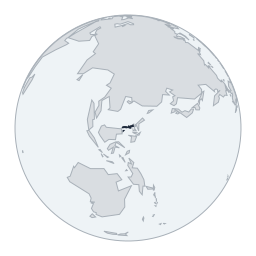 the Earth from above Palawan, rotated 46°
{"feature_id": "PHL-2534", "entity_name": "Palawan", "entity_type": "Province", "adm_level": 1, "iso_a3": "PHL", "parent_name": "Philippines", "parent_adm1": "", "projection": "orthographic", "projection_center": [119.135, 9.647], "detail": "fine", "context": "on_globe", "style": "filled", "palette": "slate", "viewbox_px": 256, "rotation_deg": 46, "n_neighbors": 0, "source": "natural_earth", "source_scale": "10m", "svg_char_len": 10393}
<svg xmlns="http://www.w3.org/2000/svg" viewBox="0 0 256 256"><g transform="rotate(46 128 128)"><circle cx="128" cy="128" r="113" fill="#eef3f6" stroke="#a8b0b8"/><path d="M222.5,167.6L222.4,168.3L222.3,168.5L222.5,167.6ZM184.8,30.7L182.7,30.4L185.7,32.8L182.1,30.6L190.4,37.3L191.6,40.3L188.0,35.5L185.8,33.9L185.5,35.0L183.2,33.7L181.7,33.7L179.0,32.2L177.0,29.8L175.3,28.9L175.1,29.8L172.3,29.1L172.8,27.9L168.0,26.7L163.8,23.4L167.3,22.7L162.7,20.9L162.2,20.7L170.0,23.5L177.5,26.8L184.8,30.7ZM234.2,93.5L233.3,91.1L233.9,92.1L234.2,93.5ZM232.6,89.9L233.0,90.7L232.7,90.1L232.6,89.9ZM232.4,89.8L232.5,89.9L232.4,90.0L232.4,89.8ZM232.1,89.9L232.2,89.7L232.2,89.8L232.1,89.9ZM231.3,89.2L231.1,89.0L231.1,88.6L231.3,89.2ZM188.5,35.1L188.4,34.5L189.2,35.5L188.5,35.1ZM182.0,33.9L182.7,34.6L181.6,34.3L182.0,33.9ZM176.5,31.8L174.5,31.3L176.2,31.4L176.5,31.8ZM173.1,30.8L168.3,30.0L169.6,31.3L163.3,27.7L169.5,29.3L171.3,29.1L171.5,29.9L173.1,30.8ZM160.6,26.0L159.2,25.6L160.3,25.6L160.6,26.0ZM155.2,18.7L160.6,20.2L159.8,20.0L156.2,19.0L155.4,18.9L154.2,18.4L155.2,18.7ZM148.9,17.3L148.1,17.2L147.3,17.0L147.6,17.1L148.9,17.3ZM150.6,17.7L151.7,17.9L150.4,17.6L152.1,18.0L149.5,17.5L149.1,17.4L150.6,17.7ZM147.8,17.2L151.9,18.0L147.8,17.2ZM145.7,16.8L147.1,17.0L145.7,16.8ZM141.9,16.2L141.3,16.2L140.9,16.1L141.3,16.1L141.9,16.2ZM143.2,16.4L142.7,16.4L142.8,16.3L143.8,16.5L143.2,16.4ZM145.3,16.8L145.8,16.9L144.7,16.7L145.3,16.8ZM139.4,15.9L139.3,16.0L137.0,15.8L136.8,15.7L139.4,15.9ZM33.6,66.6L31.3,71.0L31.7,72.2L38.3,63.6L37.7,61.3L41.2,56.7L44.6,54.7L45.7,57.4L47.1,55.7L49.4,50.9L52.7,48.7L50.5,49.1L49.1,51.0L47.7,51.5L48.9,49.8L50.1,49.0L50.6,47.7L45.1,52.5L43.1,55.0L42.6,54.6L39.2,58.8L38.0,60.3L39.4,58.4L44.9,51.9L50.9,45.9L57.3,40.3L64.1,35.2L63.4,35.9L64.3,35.3L67.9,33.1L66.9,33.9L70.6,31.7L71.7,31.8L73.4,29.9L77.6,27.8L80.7,26.7L82.4,25.8L77.4,27.6L75.2,28.7L72.7,30.1L66.9,33.4L66.7,33.5L74.5,28.9L82.5,24.9L89.7,22.6L91.7,22.8L85.7,26.9L82.8,27.8L83.4,26.6L78.8,29.5L81.1,28.4L80.3,29.2L84.2,27.9L83.8,28.5L88.1,26.3L88.1,26.9L85.4,28.2L91.1,27.3L92.2,28.4L93.7,28.0L94.9,27.1L95.5,29.4L96.6,29.0L96.8,28.1L99.0,26.7L103.1,25.4L103.1,26.2L101.6,26.8L98.5,29.6L94.5,31.4L94.9,31.6L98.3,30.3L102.2,26.9L104.7,25.9L103.3,27.4L104.0,26.7L105.2,26.5L106.5,27.2L108.2,25.6L121.9,23.4L125.6,24.9L122.8,26.2L132.3,26.8L135.8,29.2L136.0,28.2L140.7,28.3L139.6,27.5L140.1,27.1L151.7,27.8L154.4,29.0L159.6,28.9L159.7,28.5L157.9,27.6L163.3,27.7L169.6,31.3L169.1,31.9L173.4,34.1L171.6,35.5L172.0,37.9L167.6,38.7L168.3,40.9L170.0,41.5L172.2,45.1L171.3,51.1L165.0,43.4L164.9,35.6L164.3,38.3L162.4,37.0L160.9,37.6L160.6,39.8L161.9,40.5L150.7,41.7L145.9,47.8L151.4,48.3L154.1,50.9L153.4,60.0L140.6,71.3L144.2,76.4L143.9,79.4L139.9,80.7L140.1,76.3L136.6,74.2L137.4,71.8L130.9,73.0L131.7,69.5L126.3,72.4L127.7,75.5L133.0,75.4L128.0,79.9L132.6,85.7L132.4,92.1L122.1,102.4L112.8,104.9L112.0,106.9L108.7,104.2L103.7,107.8L109.4,120.3L109.0,123.8L101.1,129.5L101.0,126.9L92.3,119.6L90.1,127.7L96.8,135.4L99.0,143.7L93.7,140.6L91.5,133.2L88.4,130.4L89.6,123.3L87.7,112.4L82.3,113.8L83.1,109.6L79.7,100.4L72.2,102.2L60.1,111.7L57.9,122.4L53.9,126.6L50.6,110.1L51.9,99.7L49.0,100.1L47.0,90.6L38.6,87.8L39.0,85.1L37.1,85.8L35.9,82.5L37.1,78.1L35.7,77.8L33.1,89.4L34.7,89.9L38.3,86.4L37.1,90.4L38.4,94.8L31.4,103.1L21.5,108.3L23.1,100.2L29.1,77.4L30.3,75.2L30.5,75.0L30.7,74.5L28.6,77.9L30.5,73.7L24.5,88.8L22.4,95.2L21.3,108.7L20.8,109.8L21.2,112.8L25.8,111.8L25.3,114.4L21.5,125.8L17.5,140.3L19.5,152.4L21.8,162.2L22.5,167.3L25.8,175.3L26.3,176.5L23.1,168.9L20.4,161.2L18.2,153.2L16.7,145.2L15.7,137.0L15.4,128.8L15.6,120.6L16.4,112.4L17.9,104.3L19.9,96.4L22.5,88.6L25.6,81.0L29.3,73.6L33.6,66.6ZM44.2,65.4L46.5,67.2L50.1,61.1L51.3,61.4L52.0,59.3L50.3,60.7L52.8,55.4L55.5,54.5L57.6,52.2L56.9,51.6L51.5,54.1L47.9,61.5L45.4,63.4L44.2,65.4ZM130.2,15.4L127.8,15.4L123.4,15.5L124.5,15.5L122.6,15.8L118.8,16.0L120.6,15.7L115.2,16.3L115.4,16.1L114.8,16.2L113.5,16.3L111.0,16.7L120.6,15.6L130.2,15.4ZM136.5,15.7L136.4,15.7L134.7,15.6L136.1,15.8L130.8,15.6L128.2,15.4L132.6,15.5L136.5,15.7ZM102.9,19.0L104.3,18.5L104.8,18.5L108.8,17.7L109.0,17.9L106.6,18.5L102.9,19.0ZM36.9,64.7L35.5,66.0L36.0,65.0L36.4,64.7L36.9,64.7ZM36.9,61.7L35.9,63.5L36.5,62.4L36.9,61.7ZM103.7,19.1L105.3,18.7L104.4,19.1L103.7,19.1ZM109.3,18.1L108.6,18.5L109.5,17.9L109.3,18.1ZM70.8,219.3L73.1,220.7L72.0,220.6L70.8,219.3ZM26.8,163.8L30.8,180.1L29.3,179.3L26.8,174.0L23.7,163.8L24.7,161.8L24.5,157.5L26.8,163.8ZM127.7,165.1L131.2,165.8L131.1,166.3L127.7,165.1ZM124.0,163.0L128.0,163.5L123.4,164.1L124.0,163.0ZM129.5,163.7L133.6,163.0L135.3,162.3L135.0,163.3L129.5,163.7ZM121.3,162.8L107.0,161.4L101.4,159.5L102.6,157.7L111.7,159.1L121.3,162.8ZM102.2,157.6L93.7,151.4L82.7,134.6L86.6,135.3L98.3,146.0L97.5,147.6L102.6,152.3L102.2,157.6ZM122.9,149.7L122.1,154.6L114.2,153.4L110.6,152.3L108.1,145.8L109.5,142.7L112.4,143.1L124.1,133.3L128.1,136.3L124.4,140.6L127.7,145.1L122.9,149.7ZM58.2,123.5L59.9,130.3L57.8,131.1L58.2,123.5ZM129.1,126.2L124.2,130.5L128.7,124.6L129.1,126.2ZM131.9,120.6L132.1,123.0L130.3,120.5L131.9,120.6ZM111.7,110.1L108.6,110.4L108.6,108.7L112.6,107.4L111.7,110.1ZM132.2,97.6L131.7,102.4L130.9,104.0L129.8,100.9L132.2,97.6ZM107.2,23.0L101.4,23.6L97.4,24.7L95.3,26.1L95.8,24.6L102.0,22.9L107.2,23.0ZM120.1,23.1L121.9,22.2L122.8,22.7L122.5,23.0L120.1,23.1ZM120.0,22.5L119.1,21.3L121.3,20.9L121.5,21.9L120.0,22.5ZM111.2,19.6L109.5,19.7L110.3,19.3L111.2,19.6ZM195.9,209.4L196.9,210.0L193.7,212.9L189.3,215.9L185.5,217.0L195.9,209.4ZM165.0,216.7L164.9,213.3L169.5,213.1L167.5,216.1L165.0,216.7ZM198.9,207.1L201.8,203.9L203.0,200.0L202.5,203.5L204.7,203.5L197.8,209.7L198.9,207.1ZM148.3,201.7L126.2,207.2L121.3,206.0L122.5,203.1L117.8,193.7L119.4,194.1L118.2,187.8L131.2,183.2L140.5,173.5L147.8,174.6L153.3,167.5L160.9,168.4L158.7,174.2L166.6,178.6L171.9,165.6L176.8,179.9L182.6,185.2L184.2,194.1L173.9,208.4L168.0,211.0L166.8,209.6L164.4,211.0L160.5,210.2L158.4,205.4L156.0,206.8L158.3,203.3L154.8,206.3L152.8,203.2L148.3,201.7ZM202.7,178.7L203.8,179.1L205.5,181.6L203.7,181.1L202.7,178.7ZM219.7,170.6L220.1,171.7L219.0,172.1L219.7,170.6ZM222.3,168.5L221.0,169.0L222.5,167.6L222.3,168.5ZM208.6,170.5L209.2,171.4L208.7,171.7L208.6,170.5ZM208.2,170.2L208.8,168.8L208.7,170.2L208.2,170.2ZM202.8,162.5L203.5,161.8L203.8,162.4L202.8,162.5ZM136.4,166.3L141.2,162.8L143.9,162.7L136.4,166.3ZM201.8,160.9L200.1,160.7L200.3,160.0L201.8,160.9ZM202.0,159.1L201.8,158.1L202.8,160.6L202.0,159.1ZM198.6,156.7L200.8,158.6L198.4,156.9L198.6,156.7ZM197.4,156.9L195.9,156.0L196.0,155.7L197.4,156.9ZM180.2,157.6L185.9,164.2L181.4,163.8L176.3,159.6L172.3,163.1L163.3,162.0L165.4,159.8L164.1,156.2L154.9,154.2L153.0,151.8L156.3,150.5L150.2,148.3L156.9,147.8L159.6,152.6L163.4,149.2L169.9,150.5L176.3,152.5L181.5,156.3L180.2,157.6ZM156.9,158.0L158.1,158.1L157.1,159.4L156.9,158.0ZM193.0,153.3L195.2,155.6L194.9,156.2L193.8,155.8L193.0,153.3ZM182.6,155.5L188.2,152.0L189.5,152.1L185.8,156.3L182.6,155.5ZM186.8,149.4L189.4,150.1L190.8,152.3L190.3,152.9L186.8,149.4ZM143.4,152.7L143.1,154.0L141.4,152.9L143.4,152.7ZM145.6,152.1L150.8,153.9L145.1,153.2L145.6,152.1ZM130.1,146.4L131.5,149.6L136.3,148.0L132.7,150.5L135.9,155.8L134.8,157.7L131.6,151.9L130.5,157.5L128.5,157.2L127.3,152.3L129.4,146.6L131.4,144.3L140.0,144.0L130.1,146.4ZM145.6,148.4L144.2,144.7L145.2,142.4L146.7,144.4L145.6,148.4ZM140.2,135.9L136.7,131.5L133.4,132.8L140.1,127.7L142.4,132.7L140.2,135.9ZM137.4,126.7L134.3,127.8L137.5,124.8L137.4,126.7ZM133.5,126.4L133.3,123.6L135.7,124.1L133.5,126.4ZM138.9,127.0L139.7,122.2L140.8,125.1L138.9,127.0ZM132.5,117.2L137.5,122.3L130.9,119.7L130.9,110.6L133.8,110.7L132.5,117.2ZM150.7,83.4L150.2,81.0L152.9,80.7L152.5,82.4L150.7,83.4ZM161.2,78.5L153.5,79.9L147.2,81.4L149.0,82.7L147.3,86.6L144.8,82.6L149.4,78.6L154.1,78.2L155.1,75.0L158.7,73.2L158.3,69.2L160.0,67.7L161.8,71.3L161.2,78.5ZM158.0,67.5L158.6,60.9L163.5,62.4L164.5,64.2L162.1,66.5L159.7,65.5L158.0,67.5ZM160.2,59.8L157.8,59.0L153.8,49.4L154.2,47.8L159.9,55.4L157.9,55.0L158.0,57.3L160.2,59.8ZM159.5,26.0L159.2,25.6L160.3,26.1L159.5,26.0ZM139.4,26.7L140.2,26.2L141.5,26.6L139.4,26.7ZM143.1,25.2L141.1,25.0L143.2,24.8L143.1,25.2ZM136.6,24.6L140.3,24.7L136.8,25.2L136.6,24.6Z" fill="#d9dde1" stroke="#a8b0b8" stroke-width="1"/><path d="M127.0,128.2L126.9,128.4L126.9,128.5L126.6,128.7L126.5,128.9L126.4,128.9L126.3,129.0L126.2,129.0L125.9,129.4L125.8,129.5L125.6,129.6L125.3,129.9L125.2,129.9L124.9,130.0L124.5,130.3L124.4,130.4L124.3,130.5L124.2,130.6L124.2,130.4L124.3,130.4L124.3,130.2L124.5,129.9L124.7,129.7L124.9,129.5L125.1,129.3L125.1,129.2L125.3,129.1L125.5,128.9L125.8,128.7L125.8,128.8L125.9,128.7L126.1,128.6L126.2,128.4L126.3,128.2L126.5,128.1L127.0,128.2ZM127.7,126.7L127.8,126.7L127.7,126.6L127.8,126.5L127.9,126.4L128.0,126.3L128.0,126.5L128.1,126.4L128.3,126.3L128.2,126.2L128.3,126.2L128.4,125.9L128.3,125.7L128.2,125.6L128.2,125.4L128.2,125.5L128.3,125.5L128.5,125.7L128.5,125.8L128.6,125.7L128.4,125.6L128.4,125.3L128.4,125.2L128.5,125.2L128.6,124.9L128.6,124.7L128.8,124.7L128.8,124.8L128.7,125.1L128.8,125.2L128.8,125.3L128.7,125.3L128.7,125.5L128.8,125.7L128.9,125.8L128.9,126.0L129.0,126.0L129.1,126.3L128.8,126.6L128.7,126.6L128.4,126.7L128.3,126.8L128.2,126.9L128.2,127.0L127.9,127.0L127.9,126.9L127.7,126.7ZM130.3,123.3L130.2,123.4L129.9,123.3L129.7,123.4L129.6,123.2L129.4,123.0L129.4,122.9L129.5,122.8L129.4,122.8L129.4,122.7L129.5,122.8L129.8,123.0L130.0,123.2L130.1,122.9L130.1,123.0L130.3,123.2L130.3,123.3L130.3,123.3ZM129.7,123.6L129.8,123.6L129.7,123.7L129.8,123.8L129.7,124.0L129.6,123.9L129.5,123.7L129.4,123.6L129.5,123.5L129.5,123.4L129.5,123.5L129.7,123.6ZM129.4,126.0L129.7,126.2L129.6,126.3L129.5,126.2L129.5,126.3L129.4,126.4L129.2,126.3L129.2,126.2L129.3,126.2L129.4,126.0ZM124.0,131.1L124.0,131.4L124.0,131.5L123.9,131.6L123.8,131.4L123.8,131.1L124.0,131.1L124.0,131.1ZM124.5,130.6L124.5,130.8L124.4,130.9L124.4,130.7L124.5,130.6ZM129.4,124.3L129.4,124.5L129.2,124.5L129.1,124.4L129.2,124.5L129.3,124.4L129.4,124.3ZM126.8,133.2L126.8,133.3L126.7,133.2L126.8,133.1L126.8,133.2ZM130.2,123.5L130.2,123.4L130.2,123.5L130.2,123.5ZM131.8,125.5L131.7,125.7L131.8,125.5L131.8,125.5ZM129.0,125.2L129.0,125.3L128.9,125.3L128.9,125.1L129.0,125.2ZM124.3,130.6L124.2,130.7L124.3,130.6L124.3,130.6ZM123.9,131.1L124.0,131.0L123.9,131.1ZM128.9,124.9L129.0,125.0L128.9,125.1L128.9,124.9Z" fill="#64748b" stroke="#1e293b" stroke-width="1.5"/></g></svg>